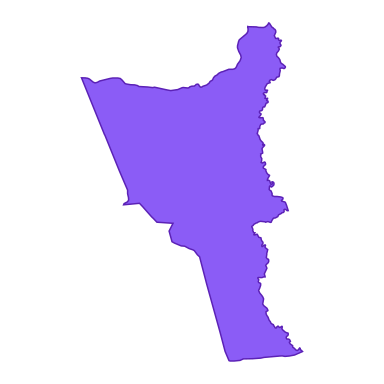 outline of Siloe, Mohale's Hoek, Lesotho
{"feature_id": "5366337B49038686470651", "entity_name": "Siloe", "entity_type": "district", "adm_level": 2, "iso_a3": "LSO", "parent_name": "Lesotho", "parent_adm1": "Mohale's Hoek", "projection": "mercator", "projection_center": [27.347, -29.998], "detail": "fine", "context": "isolated", "style": "filled", "palette": "violet", "viewbox_px": 384, "rotation_deg": 0, "n_neighbors": 0, "source": "geoboundaries", "source_scale": "gbopen_adm2", "svg_char_len": 5940}
<svg xmlns="http://www.w3.org/2000/svg" viewBox="0 0 384 384"><path d="M288.2,210.6L286.5,205.2L285.4,202.5L284.9,202.0L281.7,201.1L281.5,200.6L281.5,200.4L282.7,199.3L283.0,198.7L282.8,197.7L281.6,197.2L280.3,196.9L277.2,196.5L274.4,196.5L272.4,195.8L272.1,195.2L272.1,193.5L271.1,191.0L269.7,190.1L269.2,189.5L269.5,186.5L269.7,186.1L270.4,186.0L271.0,186.8L271.6,187.0L273.2,185.7L273.8,185.0L274.0,183.9L273.9,183.2L273.7,182.5L273.2,182.1L272.6,181.8L272.0,181.8L271.8,182.1L272.3,183.0L272.3,183.7L272.0,184.2L271.2,184.4L270.7,183.9L269.8,181.1L268.7,180.2L267.4,180.4L267.4,179.8L267.6,178.9L269.5,175.6L269.5,175.3L268.0,174.4L267.0,173.3L266.0,171.2L265.8,170.2L265.9,169.5L263.4,168.1L263.2,167.7L263.3,166.8L264.3,165.5L265.4,164.7L265.6,163.9L265.2,162.4L264.5,162.0L262.3,163.0L261.1,162.5L261.6,161.0L261.8,158.6L260.8,156.9L260.6,155.8L260.9,154.8L260.7,154.0L262.6,153.2L262.7,152.4L262.0,148.8L262.6,147.6L264.5,145.6L264.6,145.0L264.3,144.6L263.0,145.2L262.7,145.0L262.6,144.5L263.2,143.6L262.9,142.6L261.0,140.8L260.1,139.4L258.9,135.8L257.9,134.9L257.7,134.2L257.2,133.7L258.1,130.4L258.1,128.8L258.3,128.5L259.3,128.7L259.7,128.5L259.8,126.3L260.8,124.4L261.2,124.2L263.4,123.9L264.1,123.0L264.8,122.8L265.1,122.0L264.2,120.9L263.4,120.4L263.4,119.4L263.0,117.8L262.6,117.6L260.5,117.8L259.2,117.6L258.9,117.3L259.0,117.0L260.4,115.5L261.1,114.1L261.0,113.8L259.6,112.8L259.4,112.1L259.6,111.3L259.9,111.0L261.7,110.6L262.2,110.1L262.6,109.1L262.6,107.9L262.9,107.3L263.5,106.9L264.6,106.9L265.1,105.9L266.1,103.3L266.3,103.1L267.5,102.8L268.1,102.2L268.1,101.6L267.8,100.9L266.7,100.6L266.6,100.3L266.8,99.7L267.6,98.8L267.5,98.3L265.8,98.5L265.0,98.3L265.6,96.0L264.7,95.4L264.6,94.8L263.7,94.6L263.4,93.8L263.4,93.4L264.2,92.8L265.3,92.5L266.3,92.7L266.8,92.4L267.0,91.3L267.5,90.5L267.5,90.3L267.0,90.1L265.4,90.2L264.9,89.4L264.7,88.9L265.1,87.3L267.0,84.0L267.6,83.5L270.1,82.7L270.1,82.2L269.3,81.4L269.7,80.5L270.1,80.1L271.3,79.6L273.0,80.3L273.6,80.3L275.0,79.7L275.8,78.8L276.6,77.3L279.0,76.6L279.4,75.5L279.5,73.8L280.2,70.8L280.2,70.3L279.9,69.6L280.1,68.4L281.7,68.0L282.6,68.1L283.7,68.5L284.2,68.5L285.0,67.9L285.4,67.1L285.3,66.5L282.7,64.2L281.3,63.4L280.6,62.4L279.8,59.6L278.3,57.5L276.9,56.4L276.4,54.5L276.8,52.9L278.5,50.9L279.3,49.2L279.0,48.2L278.3,47.4L278.4,46.9L280.1,46.6L280.8,45.8L281.0,45.2L280.1,43.7L280.0,42.3L281.1,41.2L281.4,40.7L280.9,40.1L280.3,40.4L279.1,40.3L278.4,39.5L278.6,38.6L278.2,38.2L277.3,38.2L276.3,38.5L275.6,38.4L274.3,35.7L275.8,32.2L275.7,30.8L275.4,30.0L274.7,29.2L273.9,28.8L273.3,28.0L271.8,27.0L269.4,23.2L268.6,23.0L268.1,24.2L266.8,25.7L264.9,27.1L263.4,27.5L258.8,27.4L256.2,26.9L248.5,26.7L247.8,26.5L247.7,27.4L248.1,28.9L247.9,31.7L247.2,32.5L247.0,33.3L239.3,39.8L238.6,41.4L237.5,45.9L237.5,47.8L238.8,51.5L240.7,55.1L241.2,57.6L240.1,60.7L237.4,64.4L237.1,65.3L236.0,67.6L234.8,68.7L233.9,69.0L232.7,69.3L228.8,69.3L222.9,71.6L221.2,72.0L219.5,72.9L218.6,73.4L217.1,74.9L214.8,76.2L213.5,77.8L212.6,79.8L211.7,80.6L210.6,81.1L210.0,81.6L209.3,82.9L206.7,85.0L202.8,86.3L202.2,86.8L201.2,87.2L200.4,87.1L199.1,85.6L198.5,84.4L197.6,84.1L196.2,84.4L195.0,85.6L194.1,86.1L191.6,86.2L190.5,86.6L189.7,86.9L189.0,87.7L187.8,88.0L183.1,87.5L181.9,87.8L177.7,89.6L170.7,90.6L166.9,89.9L154.5,87.2L152.7,87.6L147.6,87.0L138.9,86.5L137.6,85.6L134.8,84.9L130.5,84.7L126.4,84.0L125.1,83.6L122.1,80.1L120.3,78.5L117.8,78.0L112.9,78.0L110.2,78.4L99.7,81.0L97.4,82.3L95.1,82.9L93.3,82.2L89.5,79.1L87.8,78.3L85.2,77.9L81.5,77.8L104.5,134.6L104.9,135.2L119.3,170.7L127.6,190.1L127.6,193.7L128.5,197.7L128.6,200.1L127.5,201.8L124.1,203.6L123.6,204.8L139.5,203.3L142.5,206.5L151.6,216.8L153.4,218.5L156.9,222.2L173.0,223.3L169.1,231.1L172.0,241.7L174.5,243.1L181.2,245.9L184.7,246.2L189.2,248.6L192.8,249.8L194.3,250.6L197.4,254.8L199.6,256.8L206.7,284.1L220.0,332.0L225.1,351.4L229.0,360.6L230.1,361.0L234.0,361.0L240.1,360.4L243.3,358.9L252.7,358.7L260.8,358.1L264.0,357.4L280.0,356.0L282.2,355.9L285.0,356.4L289.3,356.0L294.6,355.0L302.5,351.5L301.3,350.2L300.7,350.0L300.3,349.4L300.2,348.3L299.6,348.0L298.3,349.8L297.3,350.5L296.2,350.2L294.1,348.1L292.9,347.3L292.7,347.0L292.6,345.6L290.2,343.9L289.4,342.6L289.4,342.2L290.4,341.4L289.8,340.0L289.2,339.4L288.5,339.1L286.8,339.0L286.3,338.1L286.2,337.4L286.5,336.5L287.8,335.6L288.2,334.7L288.2,333.6L287.9,333.0L286.7,332.8L285.1,332.0L282.4,329.6L281.9,328.4L282.3,327.0L282.1,326.4L281.9,326.3L280.3,327.3L279.4,327.4L278.0,326.1L276.9,326.8L276.5,327.8L275.6,328.0L275.0,327.7L274.4,326.3L273.5,325.6L273.4,324.7L271.7,323.8L270.8,323.0L270.5,322.0L269.0,319.9L268.1,317.3L266.6,315.1L266.1,313.7L266.0,311.9L266.3,311.4L267.6,310.9L267.9,310.5L267.6,309.5L266.9,308.2L263.8,305.7L262.7,304.1L263.6,298.9L262.8,297.0L261.8,295.5L259.8,293.1L258.7,290.8L258.7,290.2L259.6,288.4L260.6,285.5L260.7,283.8L260.3,283.2L259.0,282.7L258.5,282.2L258.3,281.6L258.8,279.8L257.9,278.5L257.8,278.0L258.0,277.6L258.6,277.5L261.9,277.6L264.0,276.8L265.0,277.0L265.1,276.4L264.5,274.6L264.4,273.7L266.9,268.3L266.7,267.5L265.7,265.5L266.4,264.4L268.2,262.7L268.7,261.5L268.7,259.9L268.3,259.2L267.3,258.9L266.3,257.6L266.8,254.3L266.7,253.6L267.4,251.0L267.7,249.6L265.2,247.6L265.1,246.3L265.5,245.5L265.4,245.1L265.1,244.9L264.1,245.2L262.5,246.5L262.0,246.5L261.8,246.0L261.8,245.1L262.3,244.3L262.8,243.9L263.0,242.9L262.8,242.0L262.4,241.7L261.4,240.1L260.9,237.8L258.8,237.3L257.4,234.6L257.0,234.2L255.2,234.8L254.1,234.9L253.9,234.6L254.9,232.8L254.0,232.7L253.4,232.2L253.2,231.3L252.7,230.7L252.9,229.4L252.4,227.9L251.9,227.1L251.8,226.4L253.2,225.4L253.8,224.4L256.4,222.9L257.2,222.8L258.4,221.9L260.5,221.3L265.0,221.8L265.6,222.2L267.5,221.6L268.2,221.6L270.4,222.4L271.3,222.1L271.7,220.8L273.4,218.2L275.4,217.9L277.8,216.6L278.5,214.9L281.4,213.4L281.9,212.8L283.5,212.4L284.1,211.6L284.0,209.7L284.6,209.3L285.8,209.5L287.2,210.7L288.2,210.6Z" fill="#8b5cf6" stroke="#5b21b6" stroke-width="1.5"/></svg>